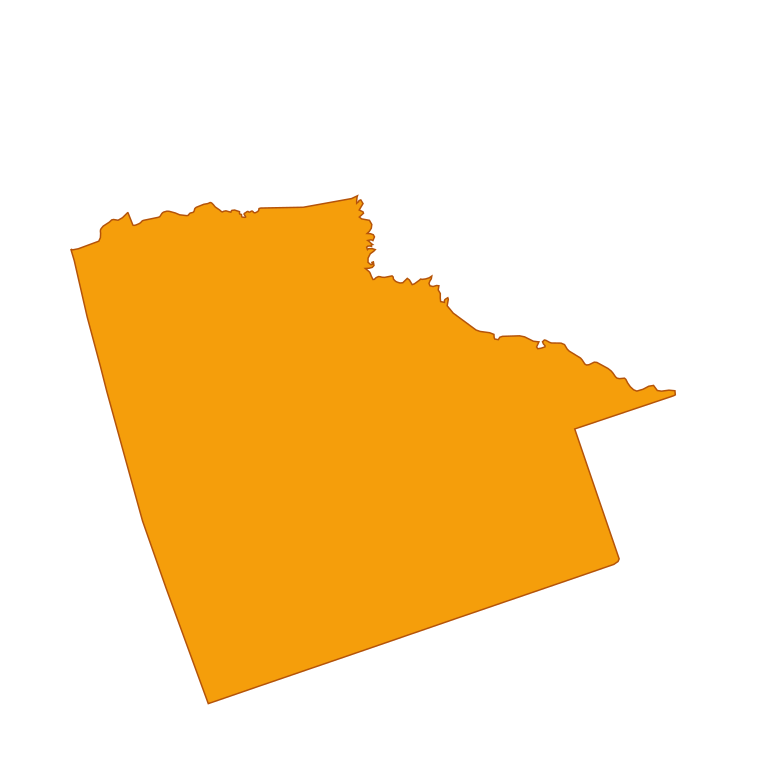 the border of Petén, rotated 161°
{"feature_id": "GTM-1944", "entity_name": "Petén", "entity_type": "Department", "adm_level": 1, "iso_a3": "GTM", "parent_name": "Guatemala", "parent_adm1": "", "projection": "mercator", "projection_center": [-90.264, 16.829], "detail": "fine", "context": "isolated", "style": "filled", "palette": "amber", "viewbox_px": 768, "rotation_deg": 161, "n_neighbors": 0, "source": "natural_earth", "source_scale": "10m", "svg_char_len": 3819}
<svg xmlns="http://www.w3.org/2000/svg" viewBox="0 0 768 768"><g transform="rotate(161 384 384)"><path d="M656.5,262.2L656.9,333.1L652.9,397.6L648.5,467.4L646.4,493.0L642.8,544.2L636.7,601.5L636.2,613.5L636.1,613.3L635.9,613.2L634.7,612.2L629.1,611.4L607.2,611.9L604.5,614.7L602.9,618.7L602.5,620.5L602.2,621.3L601.8,622.1L600.9,623.0L598.1,624.7L590.9,626.5L588.1,627.8L586.2,627.6L582.1,625.4L577.1,626.4L570.8,629.4L570.4,629.4L570.3,629.2L569.7,616.3L569.5,615.7L568.5,615.3L567.0,615.1L563.7,615.3L562.2,615.6L561.2,616.0L560.7,616.3L560.2,616.6L559.5,616.9L558.8,617.0L557.9,617.0L543.2,615.1L541.5,615.2L538.7,617.4L538.2,617.7L537.6,618.0L536.3,618.3L533.1,618.1L532.0,617.7L530.7,617.1L525.7,613.7L522.0,610.4L521.3,610.1L515.7,607.4L515.0,607.3L514.3,607.2L513.4,607.8L512.1,608.6L511.4,608.7L509.3,608.5L508.6,608.5L508.0,608.7L507.5,609.1L507.1,609.5L506.1,611.0L505.9,611.3L505.6,611.5L505.1,611.8L503.9,612.2L495.9,612.6L492.2,612.0L491.2,612.0L490.3,612.1L489.6,612.2L488.8,612.0L488.0,611.2L486.9,609.0L486.5,607.8L485.9,606.3L482.8,602.1L482.0,600.6L481.2,599.6L480.7,599.3L479.3,599.5L477.1,599.2L472.9,596.3L471.9,597.4L471.3,597.7L468.6,597.1L464.5,594.0L465.1,592.3L465.1,591.8L464.6,591.4L463.9,591.0L463.6,590.4L463.6,590.2L463.9,589.6L464.0,589.1L464.0,588.4L463.7,588.0L463.2,587.7L461.4,586.9L460.9,586.8L460.5,586.9L460.4,587.6L460.9,589.5L461.0,590.0L461.0,590.3L460.9,590.4L460.8,590.5L460.4,590.8L458.5,591.2L457.8,591.5L457.1,591.6L456.5,591.5L455.6,590.4L455.2,590.3L454.6,590.3L453.3,590.6L452.4,590.5L451.7,589.6L451.5,588.8L450.9,588.1L449.8,587.8L447.2,588.2L446.2,588.8L445.6,589.5L445.4,590.0L445.3,590.3L444.9,590.6L443.3,590.5L402.8,577.4L354.3,569.9L347.8,570.6L348.7,569.4L350.3,565.9L351.0,563.8L349.6,564.4L349.0,564.5L348.6,564.8L347.8,565.6L346.0,565.6L345.1,561.4L350.8,556.6L347.8,553.6L347.8,552.1L353.0,549.9L351.4,547.4L344.5,543.5L343.6,538.8L345.3,535.4L348.2,533.1L351.0,531.8L347.8,530.5L345.5,528.6L345.1,526.2L347.8,523.2L348.8,524.2L349.5,524.6L352.6,525.0L351.7,523.7L350.3,521.0L349.4,519.6L350.5,519.8L350.8,519.4L350.8,518.8L351.0,518.1L352.4,519.1L354.4,519.6L355.9,519.0L355.9,516.4L354.4,517.0L350.9,515.7L348.5,513.9L350.2,513.0L354.6,511.6L358.1,508.2L359.5,504.2L357.5,501.0L355.9,501.0L355.9,502.9L354.3,502.9L354.9,499.3L357.1,498.1L360.4,498.3L364.0,499.3L361.3,494.7L361.0,493.3L360.9,490.0L360.4,486.4L359.1,486.1L357.0,487.1L354.3,487.4L352.9,486.8L351.1,485.6L348.7,484.6L341.2,483.6L340.5,482.2L340.9,480.0L339.6,477.3L338.2,475.9L336.0,474.3L333.3,473.6L327.6,476.3L326.1,474.1L325.0,468.8L322.7,468.8L316.5,470.7L315.3,471.3L313.8,470.5L310.5,469.8L306.7,469.7L303.7,470.5L305.0,468.1L307.1,466.4L308.7,464.5L308.6,461.9L305.9,460.2L302.2,460.0L300.1,459.0L302.1,455.3L301.3,451.2L302.8,447.0L303.6,443.5L300.3,441.5L299.7,443.2L298.9,444.0L297.6,444.4L295.6,444.8L295.6,443.2L298.8,437.4L295.5,428.5L279.4,405.1L276.0,402.4L267.4,398.1L263.9,395.1L264.7,392.2L264.7,390.5L261.5,388.7L259.3,390.5L256.5,390.5L240.1,385.4L235.7,382.8L228.8,375.8L223.8,373.4L227.7,369.3L227.1,367.3L223.8,366.7L219.7,366.7L219.3,367.8L220.2,370.0L220.4,372.3L218.1,373.4L216.8,372.7L213.8,369.4L212.4,368.3L203.3,365.0L200.5,362.5L199.4,357.3L198.1,354.7L189.7,344.5L188.8,342.3L187.6,337.5L186.3,336.0L183.8,335.5L178.1,336.2L175.7,335.1L167.2,325.8L165.0,322.4L164.0,319.9L162.8,315.5L161.8,313.7L159.6,312.4L154.7,311.2L153.8,309.6L153.3,305.7L152.0,301.2L149.9,297.3L147.3,295.0L140.8,294.7L134.4,295.7L129.6,294.9L127.7,288.9L124.0,286.9L116.6,285.4L111.1,282.9L112.1,278.9L113.3,278.7L113.9,278.6L218.3,279.4L218.5,210.8L218.6,142.1L220.5,140.0L225.4,138.6L235.7,138.6L288.0,138.6L340.3,138.7L392.6,138.8L444.9,138.8L497.2,138.8L549.6,138.9L601.9,139.0L654.2,139.0L655.2,193.0L656.5,262.2Z" fill="#f59e0b" stroke="#b45309" stroke-width="1.5"/></g></svg>